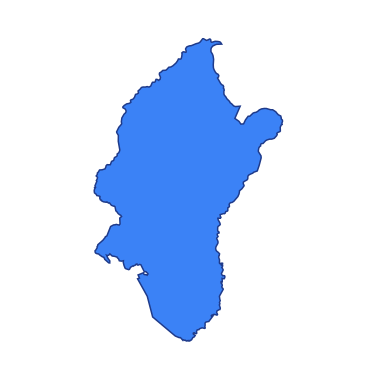 the district of Tonatico, México, Mexico, rotated 243°
{"feature_id": "50627088B30233935700687", "entity_name": "Tonatico", "entity_type": "district", "adm_level": 2, "iso_a3": "MEX", "parent_name": "Mexico", "parent_adm1": "México", "projection": "mercator", "projection_center": [-99.634, 18.777], "detail": "fine", "context": "isolated", "style": "filled", "palette": "blue", "viewbox_px": 384, "rotation_deg": 243, "n_neighbors": 0, "source": "geoboundaries", "source_scale": "gbopen_adm2", "svg_char_len": 6056}
<svg xmlns="http://www.w3.org/2000/svg" viewBox="0 0 384 384"><g transform="rotate(243 192 192)"><path d="M86.7,169.1L91.1,175.6L92.0,175.8L92.6,175.4L94.1,175.5L94.7,176.4L96.4,177.0L97.0,176.6L97.9,176.7L98.8,177.2L98.1,178.0L98.6,178.4L101.4,179.6L100.1,181.1L100.4,181.8L101.4,182.8L102.6,183.0L103.2,182.2L103.4,181.4L104.4,181.1L105.8,181.1L106.9,182.3L107.1,183.0L107.8,183.4L108.1,184.1L108.8,184.5L111.4,184.3L111.5,185.1L112.5,185.9L113.0,185.7L113.5,184.9L114.3,185.0L114.4,185.6L114.0,186.6L114.6,186.9L115.0,186.5L115.7,184.2L116.3,184.2L119.0,185.7L121.7,186.1L122.9,186.9L122.9,187.3L124.4,188.5L126.3,188.0L127.9,187.2L129.1,187.0L130.6,187.3L131.5,187.8L132.4,188.6L134.5,191.7L135.6,192.5L137.0,192.8L139.2,192.8L139.8,193.3L140.5,195.0L142.2,195.0L143.0,195.3L143.4,196.2L143.2,197.5L144.0,197.9L145.2,197.3L146.4,197.5L148.9,198.9L149.5,199.6L149.9,201.8L150.4,202.5L152.0,202.8L155.1,202.7L156.5,202.9L156.9,203.2L155.7,205.4L156.3,206.3L157.5,206.2L159.1,206.8L158.4,210.4L157.9,211.2L158.2,212.1L159.1,213.0L159.2,213.6L158.9,214.6L159.1,215.4L161.7,216.8L161.8,218.2L162.3,218.9L164.2,219.5L164.8,220.5L165.0,221.6L164.5,222.9L164.7,225.0L167.1,230.8L168.9,233.0L170.7,234.4L171.5,234.8L172.2,237.9L173.8,241.1L174.3,241.4L175.7,241.4L176.7,241.7L177.5,242.3L177.7,243.6L177.8,246.5L178.1,247.2L178.5,247.7L180.6,248.9L181.3,250.0L181.4,252.1L181.2,254.7L181.6,255.9L181.1,259.7L185.2,263.9L191.0,269.1L192.9,269.9L197.9,269.5L198.9,270.0L200.9,271.5L201.7,272.8L201.9,274.1L203.0,274.6L203.6,275.7L203.0,277.4L204.3,280.9L204.3,282.7L203.9,285.0L202.9,287.1L202.5,289.7L203.7,292.9L204.5,294.0L205.8,294.2L206.1,295.8L205.9,297.7L206.2,298.4L209.6,300.0L211.2,301.9L211.2,303.0L212.5,303.3L213.8,304.7L215.0,305.2L216.6,304.7L217.3,305.1L219.4,305.6L221.6,304.0L223.7,303.4L225.4,303.1L228.7,301.2L229.6,299.4L232.7,296.1L233.6,294.4L234.5,291.6L234.6,289.2L234.1,287.5L233.9,285.4L234.4,283.8L234.6,282.3L233.3,277.9L234.0,276.4L232.0,272.4L229.3,268.9L230.3,266.4L233.7,265.9L238.1,263.6L246.6,273.9L248.4,269.5L249.8,268.2L252.5,267.4L254.3,266.5L255.6,266.6L259.3,265.4L261.8,265.3L262.9,264.9L264.3,264.8L265.7,265.3L267.6,266.3L268.0,266.9L269.4,267.3L270.2,267.1L271.7,268.1L272.9,268.1L273.6,267.5L275.5,266.8L282.0,266.5L282.5,267.9L283.7,268.8L285.2,268.6L286.5,267.6L288.6,267.2L291.4,267.2L293.0,267.5L295.7,268.7L300.4,271.5L303.8,272.6L305.6,272.8L308.4,272.6L310.6,273.7L311.7,274.7L312.6,276.7L312.6,279.5L312.4,281.0L310.3,285.6L312.2,285.4L313.1,285.0L314.3,283.5L315.8,281.0L316.3,278.1L316.6,277.4L317.4,277.1L319.0,277.8L320.1,277.5L320.4,276.8L320.2,275.9L320.5,273.7L323.3,271.9L323.6,271.4L323.7,271.0L322.0,267.5L321.7,265.6L322.3,262.9L322.7,257.9L323.4,256.0L323.6,254.4L323.6,253.0L322.5,251.3L321.8,251.0L320.3,250.9L319.3,250.2L319.3,249.8L320.6,248.4L320.9,247.6L320.5,246.0L319.8,246.0L317.4,244.4L315.7,242.9L315.6,242.2L316.7,240.3L315.4,238.6L314.2,236.3L313.1,232.2L313.0,229.9L313.7,227.9L312.7,225.4L312.4,223.9L313.6,221.2L312.9,218.8L312.9,217.5L312.7,217.0L311.8,216.4L311.2,216.2L308.5,216.0L306.8,214.6L306.9,213.3L306.6,213.0L308.1,212.1L308.7,211.2L308.2,210.4L307.1,209.5L306.8,208.6L307.7,206.6L307.2,205.8L305.1,203.3L305.0,201.7L305.5,200.7L306.3,199.9L306.7,198.0L307.8,196.0L308.1,194.4L307.2,192.5L306.5,189.8L304.7,189.3L304.4,189.0L304.3,187.4L304.6,186.0L302.5,183.8L301.7,182.1L301.5,181.0L301.8,179.9L301.7,179.0L301.3,178.6L299.7,178.3L299.4,176.5L300.2,173.8L299.9,170.9L299.2,169.0L298.5,168.7L296.3,170.1L295.0,170.2L294.0,170.0L293.3,169.5L292.7,168.6L292.2,166.8L289.8,163.1L286.6,160.9L285.1,160.5L284.4,159.9L282.9,156.2L279.8,152.1L279.0,151.9L275.9,152.1L270.6,149.3L262.4,146.8L261.5,146.2L260.2,144.5L259.8,142.5L258.5,142.0L258.1,141.4L257.8,139.5L257.9,138.8L257.6,138.2L256.0,136.9L255.7,136.0L255.8,134.2L253.4,131.6L254.4,129.5L254.8,129.0L254.8,128.4L254.4,127.4L253.2,126.4L252.1,124.9L252.6,122.0L253.6,119.6L252.2,117.4L251.9,116.3L250.6,115.6L249.8,113.9L248.0,114.5L246.6,113.4L245.7,112.0L244.8,112.1L241.6,108.4L240.6,108.3L240.2,107.4L239.7,107.9L239.0,106.6L237.5,105.4L235.5,104.7L233.4,105.6L232.0,105.6L231.3,106.6L230.0,107.9L229.4,107.9L228.7,107.1L227.0,106.8L226.6,106.8L225.9,107.5L225.6,107.3L225.2,107.4L223.5,108.6L221.9,110.8L221.9,111.3L221.6,111.4L221.4,112.0L220.1,112.5L219.7,113.6L217.7,113.9L216.7,114.2L215.0,115.7L214.6,116.4L213.8,116.7L209.8,115.6L208.5,116.1L206.4,116.4L204.5,117.2L203.8,117.9L202.1,118.1L201.6,115.8L196.2,113.4L195.6,112.1L197.6,109.7L197.6,108.9L198.3,107.1L198.2,103.8L191.5,96.2L191.5,94.5L191.1,94.3L189.5,90.8L187.8,84.2L186.7,83.3L186.4,82.6L185.4,82.2L183.9,79.8L183.7,79.0L182.5,78.4L181.4,78.4L180.3,79.2L179.1,80.7L177.9,81.1L175.1,82.6L173.8,83.8L171.5,83.7L166.7,85.6L166.1,86.5L167.9,87.5L171.1,87.0L174.3,87.2L173.9,87.5L173.5,89.2L174.2,90.7L171.2,91.8L169.9,93.7L168.0,95.7L167.5,95.6L165.6,96.2L163.7,96.0L162.4,97.8L161.9,99.7L160.5,98.8L157.5,98.1L154.6,97.8L153.7,98.2L151.5,100.4L151.5,101.2L152.8,103.0L153.0,105.7L152.6,106.0L152.8,106.3L152.5,108.0L153.0,108.9L153.0,109.7L152.7,110.3L152.1,110.0L151.6,110.4L151.3,110.9L151.2,112.5L150.4,113.4L142.4,113.3L142.2,114.5L141.9,114.8L139.3,115.7L138.8,115.4L138.2,114.2L138.9,113.9L140.2,111.9L142.1,111.8L142.6,106.3L139.2,106.1L139.4,104.1L119.4,104.8L98.5,100.2L71.3,111.7L68.1,114.4L67.5,115.6L64.1,116.5L64.5,116.9L62.6,118.7L62.7,119.0L61.7,119.5L61.5,120.0L61.5,121.0L61.1,121.0L60.5,121.7L60.6,122.0L60.3,122.6L60.7,123.0L60.4,123.9L60.6,124.7L61.9,126.6L61.9,128.3L62.7,129.7L64.6,128.7L65.6,129.0L65.7,129.7L65.5,130.2L64.8,130.4L63.9,131.3L64.0,131.8L64.1,132.2L65.6,132.6L66.8,134.1L66.2,135.7L66.7,136.5L66.7,137.0L66.4,139.3L64.7,141.4L64.7,141.8L65.3,142.2L66.2,142.3L67.3,143.2L69.3,144.1L69.8,145.6L69.0,148.2L71.7,153.7L71.8,152.9L73.0,153.0L73.3,153.6L73.0,154.7L73.2,155.4L72.6,156.7L71.1,158.2L71.0,158.8L71.4,159.2L73.4,159.2L74.7,160.2L74.9,163.0L74.6,163.4L75.0,164.0L75.7,164.5L79.0,165.1L79.7,166.1L81.1,166.3L82.5,167.9L83.6,168.0L86.7,169.1Z" fill="#3b82f6" stroke="#1e3a8a" stroke-width="1.5"/></g></svg>